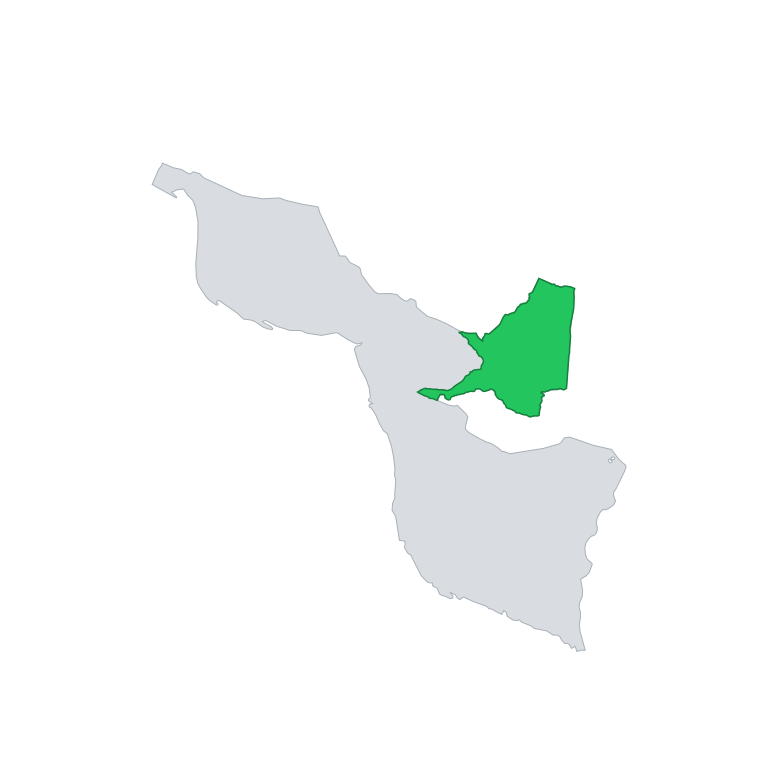 Tete highlighted on a map of Mozambique, rotated 115°
{"feature_id": "MOZ-1190", "entity_name": "Tete", "entity_type": "Province", "adm_level": 1, "iso_a3": "MOZ", "parent_name": "Mozambique", "parent_adm1": "", "projection": "robinson", "projection_center": [33.352, -15.869], "detail": "fine", "context": "in_parent", "style": "filled", "palette": "green", "viewbox_px": 768, "rotation_deg": 115, "n_neighbors": 0, "source": "natural_earth", "source_scale": "10m", "svg_char_len": 9579}
<svg xmlns="http://www.w3.org/2000/svg" viewBox="0 0 768 768"><g transform="rotate(115 384 384)"><path d="M251.4,518.5L255.7,514.8L285.0,480.1L286.8,478.7L284.4,473.0L288.2,466.3L288.7,455.8L289.8,454.1L294.3,450.7L300.4,439.9L304.3,431.5L304.7,427.5L299.2,416.2L297.5,410.1L299.2,404.8L299.8,399.9L299.1,398.2L295.6,396.2L295.1,394.0L295.1,391.4L295.8,389.9L299.9,387.6L300.9,386.4L304.3,373.1L303.1,363.1L303.0,351.7L303.9,339.9L303.5,333.2L300.8,325.5L300.6,320.0L302.5,316.1L302.8,313.8L296.3,312.6L293.0,309.4L280.7,304.4L271.2,303.6L263.2,295.9L257.0,294.7L249.0,289.1L224.0,288.1L223.1,287.4L222.1,270.4L221.1,264.8L218.0,258.8L217.1,254.7L217.3,251.9L231.2,245.8L258.4,237.0L264.4,234.1L310.8,216.8L312.1,217.8L316.7,226.7L324.4,236.7L326.3,235.4L337.4,233.7L339.1,232.4L342.5,231.5L346.3,231.0L347.7,231.6L351.8,237.8L353.2,249.5L353.3,257.3L352.9,262.9L349.5,269.4L347.1,277.6L343.6,282.1L343.6,284.2L347.6,289.1L348.5,291.1L348.2,295.4L348.9,297.1L352.4,299.7L355.0,303.7L365.1,315.6L367.7,317.7L369.7,318.2L370.7,320.5L370.1,323.2L368.5,324.8L369.2,327.0L371.1,328.8L375.7,328.4L376.3,327.7L376.0,317.3L374.4,311.2L372.4,308.4L376.4,297.1L378.5,294.0L386.0,292.7L389.5,291.7L390.9,290.3L392.1,286.7L393.0,276.7L393.4,267.3L392.6,261.8L393.7,253.5L395.4,248.4L394.6,247.4L394.0,240.4L375.2,212.6L364.5,200.2L362.7,198.9L356.7,197.8L353.7,193.3L351.1,168.3L347.2,150.3L353.4,138.4L355.5,130.7L356.8,129.6L362.0,129.1L380.7,129.4L385.3,130.1L387.4,129.3L392.3,124.7L396.3,124.7L401.7,127.7L404.6,130.3L405.1,132.5L408.7,133.8L415.4,134.1L420.3,133.0L423.4,130.3L426.6,128.9L430.0,128.8L432.5,129.7L434.2,131.7L437.5,133.1L442.4,133.9L447.7,132.7L453.5,129.3L456.9,125.7L458.6,119.8L459.8,119.0L467.8,118.4L472.2,119.6L477.8,123.3L487.4,116.6L493.5,114.4L499.3,114.4L504.0,112.8L507.8,109.6L511.7,107.6L519.7,105.2L525.2,101.9L540.3,89.1L541.9,92.8L544.9,96.2L540.9,99.9L544.4,102.3L541.8,105.9L541.5,108.3L542.7,110.7L541.0,114.8L538.7,117.9L538.1,120.3L540.1,124.6L539.0,132.0L542.0,144.5L541.1,148.7L541.7,158.5L540.5,162.1L542.4,163.3L543.4,167.2L542.5,174.0L539.2,176.9L538.8,179.7L543.0,179.8L542.9,188.4L542.4,190.9L543.3,193.8L542.1,197.0L543.4,210.7L543.5,220.7L543.7,222.3L547.3,224.0L547.2,226.7L544.9,230.3L545.0,235.7L547.6,231.4L549.1,231.4L550.5,233.1L550.5,239.1L551.2,242.1L550.9,244.8L546.6,249.7L546.4,254.6L544.8,255.2L544.0,256.4L545.1,259.2L545.0,261.6L542.0,269.3L527.7,287.5L527.4,290.6L523.7,296.3L519.8,297.3L517.6,298.8L519.2,303.9L500.2,316.7L498.3,318.5L495.2,323.2L488.9,325.7L482.2,326.0L481.1,327.0L465.7,332.9L462.7,335.7L456.1,338.3L445.8,344.7L437.4,350.8L427.8,359.9L426.5,364.8L422.0,371.2L415.2,378.8L411.2,385.1L410.9,387.8L408.5,388.7L406.5,386.0L405.6,391.1L404.0,391.5L402.2,390.5L393.7,395.9L387.3,402.0L378.4,413.9L365.3,425.4L362.3,425.6L358.2,421.6L356.0,421.3L359.3,425.7L359.1,435.4L357.5,446.6L357.7,449.1L366.3,461.1L370.5,475.1L370.8,482.3L375.1,491.5L377.0,505.4L376.5,518.3L378.6,520.4L379.3,518.5L379.7,510.4L380.9,508.2L382.1,508.5L383.2,512.9L383.5,517.6L381.9,527.7L382.3,531.8L384.5,538.7L381.9,546.6L378.0,568.7L378.9,570.1L380.9,570.6L381.6,568.2L382.7,568.2L383.3,569.6L381.7,578.3L380.1,582.1L374.4,591.4L371.3,595.4L366.2,599.4L354.3,605.5L330.4,614.4L315.3,621.3L303.4,629.6L298.2,635.1L296.1,641.4L292.0,648.0L295.5,653.6L300.0,657.5L302.1,651.0L303.2,650.9L301.2,678.4L284.8,678.9L280.0,677.9L277.4,678.1L277.1,666.6L275.1,658.0L275.9,651.8L275.7,648.5L272.2,646.4L271.3,639.8L273.3,634.6L273.2,592.5L267.4,572.1L259.5,557.3L259.0,550.0L255.5,533.7L251.4,518.5ZM357.5,148.6L359.5,147.5L359.8,145.5L358.5,144.5L357.4,144.7L356.8,148.0L357.5,148.6ZM356.2,144.8L354.6,143.3L353.4,143.7L353.0,145.0L354.2,146.7L355.6,146.8L356.2,144.8Z" fill="#d9dde1" stroke="#a8b0b8" stroke-width="1"/><path d="M222.9,288.3L222.8,285.8L222.7,281.5L222.7,278.0L222.6,275.1L223.1,274.9L222.8,273.8L222.6,273.5L221.7,272.4L221.6,271.9L221.8,271.2L222.4,269.9L222.5,269.5L222.4,269.2L221.9,268.5L221.8,268.1L221.7,265.7L221.6,265.0L221.4,264.3L221.0,263.7L220.6,263.2L220.2,263.0L219.2,262.3L218.4,260.6L217.2,256.1L217.0,254.5L217.0,252.9L216.8,251.8L216.8,251.6L217.3,251.4L220.1,251.1L222.4,249.8L225.3,248.2L228.7,246.8L231.3,245.7L235.7,243.9L238.8,243.1L243.3,242.0L243.8,241.9L247.1,241.1L251.1,240.0L254.4,239.1L257.1,238.0L260.0,236.2L262.2,235.0L266.7,233.3L270.8,231.8L274.0,230.6L276.4,229.4L277.6,229.0L280.1,228.5L283.0,227.4L286.3,226.1L291.1,224.3L296.4,222.3L301.8,220.2L305.8,218.7L308.5,217.7L310.8,216.8L312.5,217.9L313.2,218.5L313.6,219.5L313.4,221.3L313.5,221.9L314.3,223.4L314.6,223.7L315.1,224.0L315.3,224.2L315.6,224.4L315.6,224.6L316.1,225.5L316.6,226.4L318.2,230.0L318.8,230.8L319.2,231.2L320.5,231.9L321.0,232.3L321.2,232.7L321.3,233.1L321.6,233.6L321.9,233.9L322.8,234.4L323.2,234.7L323.4,235.1L323.9,236.5L324.1,237.1L324.3,237.6L324.7,237.9L325.3,238.1L325.6,237.9L325.7,237.2L325.7,236.0L325.9,234.9L326.4,234.1L327.1,233.9L328.8,235.4L329.7,235.5L330.6,235.1L332.4,233.8L333.2,233.6L334.2,233.6L337.5,234.1L337.7,233.9L338.1,233.0L338.3,232.6L339.3,232.2L341.6,232.1L344.7,230.9L345.0,230.8L345.5,230.9L346.0,230.7L346.2,230.4L346.4,230.3L346.7,230.2L347.6,230.7L347.9,231.2L348.3,231.8L349.3,234.2L350.0,235.2L351.7,237.0L352.2,238.1L352.2,239.3L351.8,241.5L352.1,242.7L352.6,243.9L352.9,244.9L353.1,246.1L353.1,248.7L353.2,249.3L353.4,250.0L353.7,250.6L354.0,251.1L354.2,251.7L354.2,252.3L354.0,252.8L353.3,253.8L353.1,254.3L353.2,254.8L353.4,255.3L353.5,255.7L353.2,256.1L353.1,256.7L353.4,259.5L353.7,262.0L353.6,262.9L353.0,263.9L352.6,264.2L352.2,264.5L351.8,264.8L351.5,265.3L351.3,265.7L351.2,266.7L351.0,267.1L350.3,267.5L349.7,268.6L349.1,269.0L348.7,269.6L348.7,270.8L349.0,272.9L348.9,274.4L348.5,275.5L346.6,278.5L346.2,278.8L345.6,279.0L345.1,279.3L344.5,279.7L343.6,280.8L343.3,281.7L343.1,283.0L343.2,284.3L343.5,285.3L343.9,285.6L344.9,286.2L345.4,286.5L348.0,289.6L348.5,290.4L348.7,291.4L348.1,293.7L347.9,294.9L349.2,298.1L349.8,298.8L350.9,298.8L352.3,299.0L353.0,299.8L353.9,302.3L354.2,302.9L354.6,303.3L355.6,304.2L355.8,304.4L356.0,304.8L356.4,305.8L356.6,306.0L356.8,306.1L358.8,307.3L359.2,307.7L359.8,309.0L360.1,309.4L361.5,310.8L361.8,311.3L362.0,312.1L362.3,312.6L362.8,312.9L363.3,313.2L363.6,313.4L363.8,313.6L364.0,313.9L364.1,314.6L364.2,314.9L364.4,315.0L364.9,315.1L365.1,315.2L365.5,315.5L365.8,315.9L366.4,316.7L367.3,317.5L368.2,317.7L369.1,317.6L370.2,317.6L370.9,318.2L371.2,319.3L371.2,320.6L371.1,321.8L370.7,322.8L370.0,323.3L369.2,323.7L368.5,324.4L368.3,325.5L369.3,327.2L369.2,328.1L369.7,328.7L371.3,328.9L374.5,329.1L376.3,328.8L376.4,329.4L376.6,333.5L376.7,334.2L377.5,335.8L377.7,337.1L377.7,337.4L377.3,338.1L377.2,338.4L377.1,338.6L377.1,339.5L377.5,341.7L377.4,348.7L377.1,350.2L376.8,350.0L376.1,349.3L374.0,348.2L373.6,347.9L373.4,347.5L373.1,347.4L372.3,346.5L371.3,345.8L370.8,345.2L370.4,344.6L370.3,344.3L370.2,344.1L370.2,343.4L370.2,343.2L369.8,341.9L369.6,341.6L369.2,341.0L369.0,340.7L368.7,339.2L367.8,336.7L367.5,336.2L367.4,336.0L367.3,335.5L366.8,334.6L366.7,334.3L366.5,334.2L366.5,333.5L366.1,332.1L365.5,330.6L364.3,328.3L363.5,324.7L363.1,323.6L362.8,323.3L360.0,320.7L359.2,320.3L356.9,319.5L354.5,318.1L348.6,314.5L346.9,313.9L344.8,313.5L342.7,313.4L342.2,313.1L341.7,312.8L340.1,311.3L339.8,311.1L339.5,311.0L338.8,310.9L338.5,310.7L338.0,310.7L336.9,311.0L336.4,310.8L336.1,310.5L336.0,310.0L335.9,309.5L335.5,309.3L334.9,309.3L334.6,309.2L333.8,308.7L333.2,308.2L332.2,306.5L331.2,305.0L330.3,303.4L329.7,302.7L329.6,302.8L328.4,302.8L328.0,302.9L326.6,303.5L326.1,303.5L323.0,303.2L321.9,303.4L321.1,303.7L320.3,304.3L319.6,305.0L318.6,306.7L318.3,307.0L318.4,307.8L318.4,308.0L318.3,308.6L318.3,308.8L318.5,309.1L318.5,309.3L318.5,309.5L318.3,309.9L316.5,312.4L316.4,312.6L316.4,312.9L316.3,313.1L316.1,313.2L315.8,313.4L315.6,313.5L315.2,313.8L314.7,314.4L314.6,314.6L314.5,314.9L314.5,315.3L314.5,315.8L314.5,316.0L314.4,316.6L314.4,316.8L314.4,317.0L314.3,317.3L314.2,317.6L313.1,319.3L313.0,319.5L312.0,322.9L311.8,323.7L311.8,324.1L311.7,324.3L311.6,324.5L311.3,324.7L311.1,324.9L310.9,325.0L309.8,325.2L309.7,325.2L309.5,325.3L309.4,325.5L309.2,325.7L309.1,325.9L308.8,326.1L308.5,326.4L308.2,326.7L307.9,327.4L307.5,328.5L307.4,329.3L307.4,329.6L307.2,329.9L307.2,330.2L307.2,330.6L307.4,331.5L307.4,332.0L306.2,334.5L305.9,335.0L305.6,335.4L305.6,335.6L305.7,335.9L305.8,336.1L305.8,336.4L305.9,336.6L305.6,337.6L304.8,338.0L305.0,337.8L305.2,337.2L305.1,336.6L304.9,336.3L304.2,335.9L303.9,335.6L303.6,334.9L303.5,334.1L303.5,333.8L303.4,332.4L303.0,330.2L302.2,328.1L300.9,325.6L299.1,322.1L299.1,321.9L301.3,319.4L301.8,318.7L302.4,317.6L303.2,313.8L303.5,312.7L303.1,312.8L302.5,313.0L301.6,313.7L301.1,313.8L300.1,313.8L298.2,313.3L297.2,313.2L296.7,313.3L296.3,313.5L296.0,313.7L295.8,313.6L295.0,312.9L294.7,311.5L294.6,310.7L294.5,310.2L294.1,309.8L290.4,308.1L285.4,305.9L282.2,304.5L279.7,304.1L273.5,304.2L270.2,303.6L269.7,303.4L269.5,302.8L269.3,301.5L269.0,300.8L268.7,300.5L267.3,299.7L266.7,299.1L264.8,296.8L264.0,296.1L263.2,295.7L257.9,295.3L256.7,294.6L256.3,294.3L255.6,294.2L255.0,294.1L254.3,294.1L254.3,293.8L254.3,293.6L254.2,293.5L253.8,293.6L253.7,293.6L253.5,293.3L253.4,293.0L253.3,292.7L252.9,292.4L252.3,292.1L251.9,291.6L251.4,290.3L250.9,289.7L250.4,289.3L249.8,289.1L246.6,288.2L245.2,288.1L244.4,288.6L244.2,289.2L243.9,289.1L243.7,288.9L243.4,288.9L243.0,289.1L242.4,289.8L242.0,290.2L241.3,290.5L240.8,290.5L240.3,290.1L239.8,289.5L238.5,288.5L237.1,288.2L233.8,288.2L228.6,288.2L226.4,288.2L222.9,288.3Z" fill="#22c55e" stroke="#15803d" stroke-width="1.5"/></g></svg>